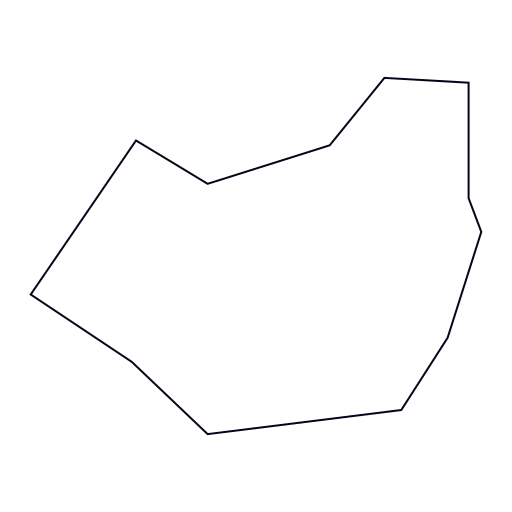 the border of Mandaluyong City
{"feature_id": "PHL-5542", "entity_name": "Mandaluyong City", "entity_type": "Province", "adm_level": 1, "iso_a3": "PHL", "parent_name": "Philippines", "parent_adm1": "", "projection": "robinson", "projection_center": [121.054, 14.578], "detail": "fine", "context": "isolated", "style": "outline", "palette": "ink", "viewbox_px": 512, "rotation_deg": 0, "n_neighbors": 0, "source": "natural_earth", "source_scale": "10m", "svg_char_len": 280}
<svg xmlns="http://www.w3.org/2000/svg" viewBox="0 0 512 512"><path d="M207.6,434.1L131.8,361.9L30.7,294.5L136.0,140.5L207.6,183.8L329.7,145.3L384.4,77.9L468.6,82.7L468.6,198.2L481.3,231.9L447.6,337.8L401.3,410.0L207.6,434.1Z" fill="none" stroke="#020617" stroke-width="2"/></svg>